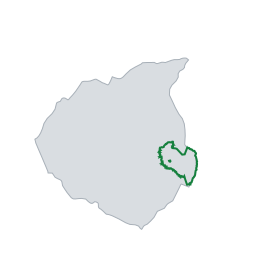 Hurungwe, Mashonaland West, Zimbabwe (highlighted), rotated 114°
{"feature_id": "62879985B85730198836463", "entity_name": "Hurungwe", "entity_type": "district", "adm_level": 2, "iso_a3": "ZWE", "parent_name": "Zimbabwe", "parent_adm1": "Mashonaland West", "projection": "orthographic", "projection_center": [29.665, -16.521], "detail": "fine", "context": "in_parent", "style": "outline", "palette": "green", "viewbox_px": 256, "rotation_deg": 114, "n_neighbors": 0, "source": "geoboundaries", "source_scale": "gbopen_adm2", "svg_char_len": 6602}
<svg xmlns="http://www.w3.org/2000/svg" viewBox="0 0 256 256"><g transform="rotate(114 128 128)"><path d="M176.1,208.5L174.1,207.1L171.4,206.2L168.0,205.8L163.5,205.9L158.0,206.6L152.1,205.7L145.8,203.2L140.5,202.3L134.2,203.4L132.9,202.6L131.2,200.7L128.3,200.4L127.5,200.0L126.9,199.3L126.5,198.4L126.3,197.4L126.7,194.4L126.5,194.1L125.7,193.7L124.1,193.3L120.4,192.0L115.6,190.7L107.9,189.3L104.9,188.9L104.2,188.5L103.3,187.3L101.8,183.9L100.4,181.6L97.0,178.1L96.4,177.0L96.6,174.1L96.8,171.9L97.1,169.9L96.9,168.1L96.9,165.9L96.9,164.3L96.5,163.7L95.3,163.3L91.8,163.1L87.6,163.2L87.5,160.9L87.0,157.4L86.2,155.4L85.2,154.3L83.3,153.2L79.4,151.8L74.0,149.5L69.4,146.2L64.2,142.0L62.5,141.3L60.5,137.4L57.4,130.6L57.6,128.3L57.1,127.2L54.2,123.9L53.5,122.2L53.0,120.5L48.3,115.6L46.7,113.5L45.5,110.8L44.3,108.6L43.2,107.8L41.9,106.3L41.0,104.6L40.5,103.3L40.8,101.6L41.2,100.4L45.6,101.6L48.0,101.6L49.8,101.0L52.1,101.7L54.9,103.9L57.9,104.3L61.1,102.8L65.5,103.2L71.0,105.3L75.6,105.7L81.0,103.6L85.7,98.1L90.2,93.0L94.7,87.0L97.3,82.2L101.3,78.3L106.5,75.2L111.8,72.6L120.0,69.5L121.6,66.9L122.2,64.1L122.2,60.3L122.6,57.7L123.4,56.6L124.8,55.7L126.6,54.5L132.0,51.6L136.5,49.7L142.0,48.4L148.1,48.4L153.9,48.4L157.2,48.4L157.3,52.2L157.5,56.4L158.2,56.8L162.5,56.9L169.6,57.2L176.3,57.5L180.6,60.6L182.1,61.3L186.6,62.2L192.2,67.3L199.1,67.9L203.8,69.5L208.0,71.3L210.4,73.4L211.9,73.9L214.0,74.1L215.0,74.3L214.8,75.8L213.3,78.4L213.5,82.0L215.3,87.1L215.5,91.5L214.8,99.3L214.6,106.8L214.8,109.5L215.1,111.3L215.5,112.3L215.4,113.4L214.2,116.5L213.2,119.8L213.1,121.1L212.8,122.1L212.1,122.9L209.1,124.4L208.6,125.3L208.5,127.0L208.9,128.5L210.0,129.0L211.3,129.9L211.8,131.0L211.8,132.1L211.4,134.2L210.1,137.7L211.2,141.7L212.5,144.3L214.3,147.4L215.0,149.2L214.9,150.6L214.6,151.8L211.8,157.3L209.7,160.7L207.3,164.3L204.1,166.5L203.2,167.6L202.9,168.9L202.9,171.6L202.7,174.5L200.0,178.8L201.6,182.7L201.2,183.0L200.3,183.5L196.3,187.7L192.3,192.0L189.4,195.1L186.1,198.7L182.4,202.7L179.2,206.1L176.1,208.5Z" fill="#d9dde1" stroke="#a8b0b8" stroke-width="1"/><path d="M133.0,90.8L133.4,90.8L133.5,90.6L134.0,90.6L134.3,90.5L134.2,90.3L134.4,90.1L134.5,90.1L134.4,89.9L134.5,89.8L134.8,90.0L135.0,89.9L135.0,89.7L135.1,89.3L135.5,89.7L135.7,89.8L135.9,89.7L136.0,89.9L136.5,90.0L136.4,89.8L136.5,89.9L136.4,89.7L136.5,89.7L136.9,89.8L136.8,89.6L137.1,89.4L137.3,89.3L137.3,89.2L137.4,89.3L137.4,89.2L137.4,89.3L137.5,89.1L137.4,89.1L137.6,88.9L137.9,89.2L138.0,89.0L138.0,88.9L138.3,88.9L138.3,88.7L138.6,88.6L138.8,88.2L139.0,88.4L139.1,88.2L139.3,88.1L139.4,87.9L139.6,87.9L139.8,87.6L140.5,87.5L141.0,87.3L141.2,87.2L141.3,87.3L141.3,87.2L141.6,87.2L141.4,87.0L141.4,86.9L141.2,86.8L141.1,86.4L141.1,86.2L140.9,86.1L140.8,85.9L140.5,85.7L140.8,85.4L141.2,85.3L141.4,85.2L141.4,85.3L141.5,85.2L141.8,85.2L142.1,84.8L142.5,84.7L142.7,84.8L142.9,84.7L143.6,84.8L144.9,83.6L144.4,82.9L145.5,82.2L145.5,82.5L145.9,83.0L146.0,83.1L146.3,83.1L146.5,83.1L146.9,83.1L147.0,82.8L146.9,82.8L147.0,82.7L147.1,82.8L147.1,82.3L147.3,82.3L147.1,82.0L147.3,81.7L147.2,81.4L147.3,81.4L147.4,81.1L147.5,80.9L147.4,80.7L147.6,80.5L147.5,80.3L147.6,80.2L147.8,79.9L147.7,79.8L147.8,79.8L147.8,79.6L147.9,79.4L147.6,79.2L147.8,79.0L147.6,78.9L147.7,78.5L147.8,78.4L147.7,78.3L147.8,78.2L148.0,77.8L147.8,77.7L147.7,77.5L148.1,77.5L148.0,77.4L148.2,77.1L148.4,77.1L148.3,76.9L148.7,76.9L148.6,76.7L148.9,76.5L148.7,76.4L148.7,76.2L148.9,76.1L148.8,75.9L148.9,75.6L148.8,75.3L148.9,75.2L148.8,74.9L148.6,74.9L148.6,74.6L148.4,74.5L148.5,74.4L148.4,74.2L148.5,74.1L148.3,73.6L148.3,73.4L148.2,73.4L148.0,73.5L148.0,73.4L147.8,73.1L147.8,72.9L147.5,72.7L147.6,72.4L147.4,72.2L147.6,71.9L147.6,71.7L147.5,71.2L147.6,70.9L147.8,70.7L147.7,70.5L147.7,70.2L147.8,70.0L148.0,69.9L147.8,69.8L148.0,69.4L147.6,69.2L147.7,68.9L147.8,68.8L148.0,68.8L148.0,68.5L148.1,68.4L148.3,68.2L148.3,67.6L148.5,67.5L148.6,67.3L148.7,67.2L148.4,67.0L148.5,66.9L148.5,66.7L148.8,66.8L148.9,66.4L148.9,66.2L149.2,66.2L149.3,65.9L149.3,65.5L149.5,65.2L149.6,64.7L149.9,64.5L150.1,64.4L150.3,64.1L150.2,64.0L150.3,63.8L150.2,63.7L150.3,63.6L150.3,63.4L150.2,63.0L150.3,62.8L150.2,62.3L150.4,62.3L150.7,61.9L150.9,61.7L151.0,61.4L151.3,61.3L151.4,61.1L151.4,60.7L151.2,60.8L151.1,60.7L151.0,60.9L151.0,61.0L150.8,60.8L150.9,60.7L150.7,60.6L150.7,60.3L150.4,60.0L150.5,59.9L150.4,59.9L150.6,59.8L150.2,59.7L150.1,59.3L150.0,59.1L150.2,58.6L150.4,58.6L150.4,58.3L150.5,58.4L150.5,58.0L150.7,57.9L150.3,57.9L150.3,57.7L150.2,57.8L150.2,57.7L149.9,57.7L149.7,57.4L149.6,57.2L149.6,56.9L149.4,56.9L149.2,56.9L149.4,56.7L151.6,54.9L155.8,51.0L155.3,50.2L154.7,49.8L154.7,48.5L154.4,48.3L154.2,48.0L153.7,48.4L153.1,49.0L152.9,48.8L152.5,48.5L152.2,47.9L151.3,47.8L150.8,48.0L149.9,47.9L149.4,48.1L147.5,48.4L147.2,48.2L146.9,48.0L146.3,47.8L145.8,47.9L145.5,47.7L144.4,47.5L143.8,47.6L143.6,47.6L143.4,47.6L143.1,47.8L142.7,47.9L142.2,48.0L141.5,48.3L140.7,48.4L139.9,48.8L139.6,48.8L139.1,48.8L138.6,48.4L138.1,48.4L137.8,48.6L137.4,49.1L137.0,49.3L136.8,49.4L136.2,49.4L136.0,49.5L135.3,49.4L135.1,49.5L134.5,50.0L133.7,49.9L133.3,50.1L133.0,50.4L132.4,50.5L132.1,50.8L131.5,51.1L131.0,51.3L130.6,51.2L130.3,51.4L129.8,51.9L129.0,52.4L127.5,53.6L126.9,54.0L126.4,54.6L126.2,55.1L126.1,55.3L125.8,55.5L125.0,55.4L124.6,55.4L123.8,55.4L123.4,55.6L123.2,56.1L122.9,56.5L122.6,57.2L122.5,57.4L122.0,57.8L121.9,58.1L122.1,58.7L122.3,59.3L122.3,59.6L122.1,60.2L121.8,60.5L121.7,60.7L121.8,61.3L121.7,61.9L121.8,62.4L122.1,62.5L122.1,62.9L121.7,63.4L121.4,64.1L121.5,64.5L121.8,64.6L121.9,64.8L121.8,65.2L122.1,65.6L121.9,65.9L129.0,65.5L130.3,67.7L127.2,75.0L127.3,76.2L128.3,79.3L128.2,79.5L128.1,79.4L127.9,79.3L127.7,79.5L127.7,79.4L127.3,79.3L127.2,79.4L127.2,79.2L127.0,79.3L127.0,79.2L126.8,79.3L126.7,79.3L125.7,79.9L125.5,79.7L125.2,79.9L124.9,80.0L124.8,79.8L124.7,80.1L124.4,80.1L124.4,80.3L124.2,80.4L124.0,80.6L123.9,80.6L123.7,81.0L123.3,81.1L123.1,81.0L122.6,81.1L122.4,81.2L122.2,81.4L122.2,81.5L122.5,81.8L122.6,82.0L122.9,81.9L123.0,82.0L123.4,82.5L123.5,82.5L124.0,83.7L123.9,83.9L124.1,84.4L124.3,84.5L124.5,84.9L124.6,85.4L125.0,85.8L125.9,85.9L126.1,86.2L126.5,86.2L126.8,86.5L127.0,86.5L127.2,87.0L127.9,87.0L128.1,87.3L128.4,87.3L129.2,87.7L130.1,87.8L130.3,87.8L130.7,87.6L130.9,87.7L131.2,88.1L131.6,88.4L131.8,88.9L131.8,89.3L131.9,89.6L132.2,89.8L132.7,90.3L132.9,90.4L133.0,90.8ZM141.1,75.8L141.3,75.7L141.5,75.8L141.4,76.0L141.7,76.3L141.7,76.7L141.4,77.0L141.3,76.7L141.0,76.7L140.8,76.6L140.7,76.5L140.7,76.3L140.8,76.2L140.7,76.1L141.0,75.8L141.1,75.8Z" fill="none" stroke="#15803d" stroke-width="2"/></g></svg>